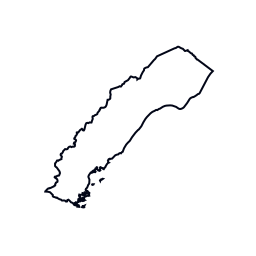 Pesisir Selatan, Sumatera Barat, Indonesia (orthographic projection), rotated 252°
{"feature_id": "22746128B35993392452682", "entity_name": "Pesisir Selatan", "entity_type": "district", "adm_level": 2, "iso_a3": "IDN", "parent_name": "Indonesia", "parent_adm1": "Sumatera Barat", "projection": "orthographic", "projection_center": [100.561, -1.718], "detail": "fine", "context": "isolated", "style": "outline", "palette": "ink", "viewbox_px": 256, "rotation_deg": 252, "n_neighbors": 0, "source": "geoboundaries", "source_scale": "gbopen_adm2", "svg_char_len": 5497}
<svg xmlns="http://www.w3.org/2000/svg" viewBox="0 0 256 256"><g transform="rotate(252 128 128)"><path d="M189.4,196.8L187.2,177.7L185.3,175.2L184.5,173.5L179.7,165.7L179.9,164.1L179.6,162.1L179.2,161.6L177.9,161.0L176.6,159.3L174.2,156.9L173.5,156.3L171.8,155.2L171.4,154.7L171.7,153.0L171.3,151.9L172.0,152.1L172.6,152.0L174.1,150.8L174.4,148.9L175.9,147.1L176.1,146.5L175.7,145.8L175.2,145.3L173.5,142.8L172.8,139.1L172.6,138.8L171.4,138.0L171.4,136.9L171.2,136.0L170.6,135.6L169.6,134.0L170.3,132.9L170.0,131.4L170.0,123.8L168.6,122.6L167.0,121.9L165.3,121.9L163.2,120.8L161.8,120.4L161.3,120.0L160.8,118.2L161.1,117.3L156.7,114.8L155.3,113.5L154.9,112.6L154.8,111.3L155.0,110.3L155.5,109.3L155.6,108.3L155.1,108.0L155.0,107.5L154.2,107.1L154.1,106.6L153.3,106.1L151.9,103.8L150.8,103.1L150.5,102.2L150.4,100.4L149.9,99.1L150.1,98.1L149.5,97.6L147.6,97.3L145.6,95.7L144.5,95.0L144.5,94.7L145.2,93.2L144.9,91.8L145.5,90.9L145.5,89.9L144.5,88.8L140.1,86.1L139.3,85.3L139.3,85.1L139.8,84.4L140.9,84.3L141.5,83.9L140.8,81.7L139.1,79.3L139.1,78.9L139.6,78.4L139.6,77.9L139.2,77.7L138.1,77.7L137.6,77.2L136.9,76.5L136.5,75.5L135.6,75.0L134.8,73.7L134.1,73.6L133.2,74.6L132.5,74.8L132.0,74.7L130.9,73.6L130.8,72.3L129.8,71.6L129.0,72.6L127.5,71.8L127.3,71.9L127.0,71.5L126.9,70.8L127.4,69.5L127.3,68.3L128.2,67.5L128.3,66.3L127.8,65.1L126.8,64.1L126.7,63.8L126.8,62.7L127.4,61.7L126.0,59.1L125.6,58.9L125.1,58.5L124.1,57.2L124.3,56.6L124.2,56.2L123.5,55.7L122.9,55.6L122.5,55.7L121.4,56.3L120.7,56.0L120.0,55.4L119.0,55.1L118.8,52.6L118.4,51.6L118.9,51.0L119.0,50.5L117.4,48.7L116.9,47.7L114.4,46.9L113.4,47.3L112.5,48.0L107.8,49.5L107.2,49.4L106.2,49.4L104.6,48.2L104.1,47.6L104.4,45.9L104.0,44.9L104.2,44.2L104.3,43.4L104.0,43.1L103.8,43.0L102.6,43.7L101.9,44.4L101.0,44.8L99.5,44.7L98.6,44.2L98.3,42.5L97.8,42.3L97.0,41.3L96.1,41.2L95.8,40.9L95.7,39.8L95.3,39.3L95.3,38.3L95.0,36.5L94.9,35.5L95.1,35.2L94.9,34.4L95.2,33.6L94.3,31.4L93.6,30.9L93.4,29.9L93.1,29.7L92.1,32.2L91.0,34.0L87.5,35.8L86.6,35.4L85.7,35.7L84.7,37.2L83.8,38.2L83.9,38.7L83.7,39.0L83.0,39.3L82.3,40.1L81.6,40.6L80.5,42.2L79.4,42.8L78.8,45.0L78.3,45.7L77.2,46.3L77.0,47.1L77.0,47.3L77.4,47.4L78.2,48.1L78.2,49.2L76.1,50.4L75.0,50.8L73.8,52.3L71.4,53.1L70.6,54.2L70.5,55.3L69.7,56.0L71.4,55.0L71.7,55.4L71.7,55.0L72.0,54.6L72.9,54.0L73.2,54.3L73.3,55.1L73.5,55.4L72.9,56.3L73.3,57.6L72.9,58.0L73.0,58.3L73.5,58.3L73.7,58.9L74.8,58.3L75.1,58.6L74.8,58.8L75.2,58.6L75.5,58.7L75.7,59.2L75.3,59.4L75.3,59.8L75.7,60.3L76.7,60.6L76.9,60.9L77.6,60.9L77.7,61.2L78.0,61.1L78.2,60.5L79.2,60.6L79.4,61.1L79.6,61.2L78.9,62.0L79.1,62.8L78.9,63.2L79.2,64.0L78.6,64.0L78.2,64.3L78.4,64.5L79.1,64.6L78.9,64.9L79.0,65.0L80.0,65.0L79.4,66.2L79.6,66.6L80.0,66.8L79.6,67.1L79.5,67.6L79.7,68.2L79.1,68.4L78.6,68.2L78.0,66.7L77.9,66.0L77.2,66.0L76.9,65.7L76.4,65.8L76.0,66.3L76.0,67.7L76.3,68.4L75.7,69.3L75.6,70.2L76.5,70.2L77.1,70.6L77.3,70.2L77.8,69.9L78.2,70.3L78.2,70.9L78.4,71.1L79.3,70.4L80.6,70.0L80.9,69.7L81.0,69.1L81.5,68.6L82.5,68.7L83.2,69.3L83.9,70.7L86.3,72.7L87.1,73.9L90.8,75.4L93.3,75.2L94.0,75.3L95.1,76.1L97.2,78.8L97.2,79.3L97.0,79.7L96.6,79.8L96.7,80.7L97.3,80.4L97.6,80.4L97.8,80.7L98.1,81.5L97.3,82.7L96.8,82.3L96.5,82.4L96.5,82.9L96.2,83.3L96.6,83.7L98.1,82.9L98.5,83.0L98.7,83.4L98.7,84.5L99.2,84.4L99.6,84.6L99.7,85.6L100.3,85.9L100.4,86.2L100.1,86.5L99.2,86.2L97.9,86.2L96.7,86.7L96.3,87.5L96.0,87.8L96.3,88.6L97.3,88.4L97.9,89.2L98.9,89.0L99.3,89.6L99.2,89.9L98.5,90.3L97.9,91.1L97.7,91.7L97.2,92.0L96.6,91.8L96.3,92.2L97.6,93.8L98.1,94.7L98.4,94.8L100.1,96.7L100.9,98.1L101.0,98.9L101.3,98.6L101.7,98.5L102.6,98.9L103.0,99.2L103.4,99.0L104.3,100.0L104.4,101.1L104.0,101.4L104.1,101.8L103.8,103.4L106.0,107.5L106.1,109.5L105.9,110.6L106.5,111.6L106.6,112.3L106.6,112.9L106.4,113.2L106.1,113.5L107.0,114.9L107.0,115.6L110.0,118.0L112.8,121.2L114.1,123.4L115.2,125.7L118.0,129.0L121.2,133.6L123.0,136.9L123.3,137.9L125.5,141.2L128.7,144.4L131.2,147.3L132.6,149.4L135.0,153.9L135.8,156.2L136.1,158.7L136.4,159.8L136.5,160.4L136.0,161.4L136.6,163.5L136.5,164.3L137.4,167.6L137.6,169.9L137.4,171.6L136.5,175.1L135.7,177.0L133.2,180.3L131.1,181.9L130.3,182.7L129.9,183.6L129.8,184.9L130.0,186.3L130.4,187.5L133.5,192.0L136.2,195.2L136.9,196.2L137.3,197.6L137.4,199.5L137.2,199.8L137.4,201.0L138.1,203.6L138.6,204.7L138.6,206.1L139.0,206.9L151.6,219.8L154.2,223.2L155.9,226.3L170.0,216.4L171.4,215.4L172.0,214.6L172.8,214.5L173.1,214.2L173.6,213.9L175.0,214.0L175.8,213.1L176.8,213.0L177.6,212.1L179.0,211.9L179.6,211.0L182.2,209.4L182.7,208.8L183.6,208.8L183.5,206.5L183.7,205.9L186.3,204.7L187.5,203.2L189.6,201.3L189.9,200.3L189.3,198.2L189.4,196.8ZM74.2,60.1L74.6,59.4L74.0,59.6L73.5,59.5L73.0,59.9L73.2,61.2L73.0,61.9L72.5,62.4L72.5,63.0L72.4,63.4L72.5,64.0L72.8,64.2L72.8,64.6L73.6,64.0L73.9,64.2L74.3,64.1L74.5,64.4L75.1,64.8L75.7,63.7L75.4,62.9L75.6,62.1L75.2,61.6L75.2,61.3L74.8,61.1L74.6,61.2L74.5,61.4L74.8,61.5L74.1,62.4L73.7,62.1L73.7,62.3L73.5,62.1L73.9,61.7L74.1,60.9L74.3,60.6L74.2,60.1ZM67.8,59.6L67.0,59.7L66.4,60.7L66.1,61.7L66.2,61.9L66.4,61.8L67.1,62.1L67.6,62.6L67.5,61.6L67.8,60.8L67.5,60.5L67.4,60.0L67.6,59.7L67.8,59.6ZM87.4,86.0L86.7,85.1L86.2,85.2L86.8,85.6L87.0,86.2L86.8,86.2L86.9,86.7L87.3,86.7L87.4,86.0ZM85.1,77.9L85.5,76.7L85.2,76.4L84.8,76.8L84.9,77.7L85.1,77.9ZM69.7,57.3L70.0,56.9L69.7,56.7L69.7,56.1L68.8,57.3L69.7,57.3ZM68.8,56.2L69.2,55.5L68.9,55.4L68.5,56.3L68.8,56.2ZM87.5,87.7L87.3,87.7L87.2,87.9L87.4,88.5L87.6,88.2L87.5,87.7Z" fill="none" stroke="#020617" stroke-width="2"/></g></svg>